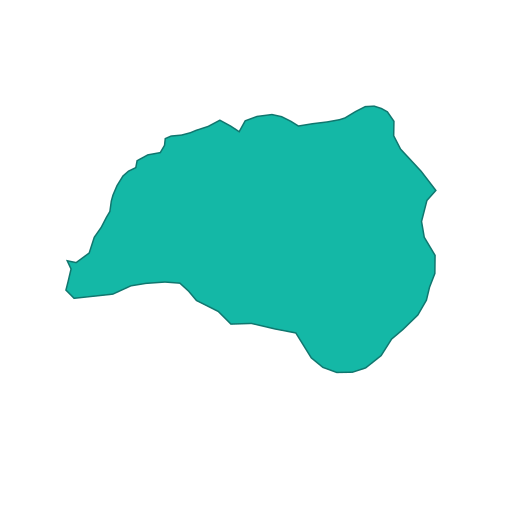 Afanteia-Orniti, Cyprus, rotated 252°
{"feature_id": "46923920B30360023901504", "entity_name": "Afanteia-Orniti", "entity_type": "district", "adm_level": 2, "iso_a3": "CYP", "parent_name": "Cyprus", "parent_adm1": "", "projection": "natural_earth1", "projection_center": [33.575, 35.154], "detail": "fine", "context": "isolated", "style": "filled", "palette": "teal", "viewbox_px": 512, "rotation_deg": 252, "n_neighbors": 0, "source": "geoboundaries", "source_scale": "gbopen_adm2", "svg_char_len": 1112}
<svg xmlns="http://www.w3.org/2000/svg" viewBox="0 0 512 512"><g transform="rotate(252 256 256)"><path d="M115.7,325.7L122.6,344.2L135.1,359.3L140.8,373.2L149.9,391.7L161.3,404.4L172.7,411.4L184.1,420.7L201.3,426.5L221.8,421.8L237.7,424.1L256.0,435.7L262.8,447.3L285.6,439.2L313.0,426.5L327.8,424.1L341.5,428.8L352.5,425.5L357.5,420.9L362.0,414.7L364.3,406.1L362.6,395.3L359.8,383.3L359.8,377.6L361.5,365.1L364.3,350.8L366.5,336.5L373.3,330.8L380.6,323.4L385.6,314.9L388.4,300.1L387.9,287.5L379.4,278.4L387.3,272.1L396.3,263.6L394.0,250.5L394.0,237.9L393.5,231.7L394.0,222.5L396.3,212.3L395.7,206.0L389.5,203.2L383.9,196.9L385.6,184.4L383.4,172.4L377.2,169.0L376.1,161.0L373.2,154.2L365.9,145.6L358.1,138.8L353.0,135.4L343.5,130.8L339.0,125.7L331.1,117.7L323.8,108.0L310.4,98.3L305.3,82.9L309.8,75.0L300.8,76.1L289.6,69.3L282.3,64.7L272.0,69.9L264.0,108.1L266.3,127.8L264.0,142.8L259.4,161.3L253.7,175.2L243.5,181.0L232.1,185.6L214.9,203.0L199.0,211.1L193.3,230.8L180.7,251.6L170.5,270.1L142.0,277.1L129.4,285.2L120.3,296.8L115.7,311.8L115.7,325.7Z" fill="#14b8a6" stroke="#0f766e" stroke-width="1.5"/></g></svg>